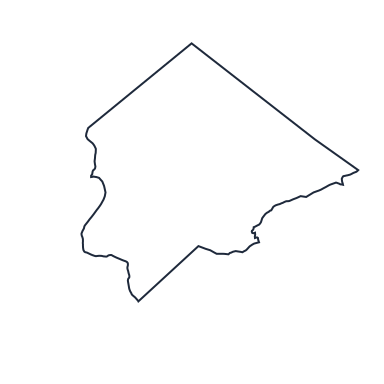 outline of Morne Paul, Laborie, Saint Lucia, rotated 306°
{"feature_id": "8701671B65386836314559", "entity_name": "Morne Paul", "entity_type": "district", "adm_level": 2, "iso_a3": "LCA", "parent_name": "Saint Lucia", "parent_adm1": "Laborie", "projection": "albers", "projection_center": [-61.012, 13.766], "detail": "fine", "context": "isolated", "style": "outline", "palette": "slate", "viewbox_px": 384, "rotation_deg": 306, "n_neighbors": 0, "source": "geoboundaries", "source_scale": "gbopen_adm2", "svg_char_len": 3650}
<svg xmlns="http://www.w3.org/2000/svg" viewBox="0 0 384 384"><g transform="rotate(306 192 192)"><path d="M306.8,260.5L309.4,182.0L312.0,104.3L182.9,70.4L182.7,70.5L181.6,70.7L180.4,71.1L177.3,72.1L176.2,72.7L174.9,73.4L173.4,76.5L173.2,79.0L173.0,82.9L172.5,84.6L172.0,85.9L170.5,88.7L169.6,89.4L167.0,91.1L165.1,91.9L162.2,93.7L160.0,94.9L159.5,95.2L157.5,97.1L156.0,98.7L155.8,98.9L154.1,99.7L153.4,99.7L152.4,99.6L151.5,99.3L150.3,99.5L147.7,100.8L147.2,100.8L145.9,100.8L144.8,101.6L146.3,103.1L146.6,103.2L147.4,105.0L147.8,105.6L148.8,108.5L148.1,111.5L147.8,113.2L145.3,117.2L144.0,118.7L140.8,122.3L137.2,124.0L133.8,124.9L132.0,125.1L128.9,125.5L126.8,125.6L123.4,125.6L121.8,125.5L118.7,125.5L116.0,125.5L112.6,125.4L109.6,125.2L106.9,125.2L104.4,125.1L102.6,125.0L101.0,125.1L99.2,125.9L98.2,126.1L96.3,126.3L93.5,127.0L92.7,127.6L91.7,128.7L91.5,129.2L90.7,130.3L89.8,131.4L88.6,132.3L87.5,133.1L86.6,133.6L85.5,134.6L84.5,135.3L83.4,136.2L83.0,136.5L81.3,138.2L80.8,139.2L80.5,139.9L80.5,140.4L80.5,140.9L80.8,141.6L81.1,142.3L81.3,142.9L81.4,143.6L81.6,144.6L81.7,145.4L81.9,146.2L82.0,147.0L82.2,147.5L82.3,148.1L82.3,148.4L82.7,149.4L82.8,149.9L83.0,150.6L83.4,151.5L83.6,152.0L84.0,152.4L84.6,153.0L85.1,153.6L85.5,154.0L85.9,154.5L86.4,155.2L86.7,155.7L87.1,156.3L87.3,156.7L87.5,157.2L87.8,157.9L88.0,158.4L88.4,159.0L88.6,159.4L88.9,159.9L89.2,160.4L89.6,160.9L89.9,161.1L90.5,161.3L91.4,161.6L91.9,161.9L92.2,162.1L92.7,162.7L93.1,163.1L93.3,163.3L93.6,163.8L93.7,164.1L93.8,165.3L94.1,167.2L94.4,168.8L94.6,169.8L95.3,172.7L95.8,174.9L96.2,176.5L96.6,177.9L96.9,178.8L97.0,179.4L97.1,179.9L97.1,180.3L97.1,180.7L97.0,181.1L96.9,181.4L96.6,182.0L96.2,182.3L95.5,182.9L94.6,183.4L93.5,183.8L92.8,184.2L92.4,184.5L91.8,185.1L91.3,185.7L90.6,186.7L89.0,188.5L87.9,190.0L87.2,190.7L86.4,191.3L86.1,191.4L85.7,191.5L85.2,191.5L85.4,191.4L84.0,191.5L83.6,191.7L83.2,191.9L82.6,192.2L82.2,192.6L81.5,193.3L78.4,196.5L77.3,197.6L76.7,198.3L76.2,199.0L75.7,199.8L75.3,200.4L75.0,201.2L74.8,201.5L74.5,202.3L74.0,203.0L73.7,203.8L73.5,204.6L73.5,205.3L73.4,206.2L73.3,207.8L73.2,208.4L73.0,209.2L72.8,210.2L72.6,211.0L72.4,211.8L72.3,212.3L72.0,212.9L152.0,229.0L153.3,233.7L154.0,236.3L155.6,241.0L156.1,245.4L156.5,248.3L157.7,249.9L160.9,254.4L163.0,258.1L165.0,258.5L165.8,259.2L167.8,260.3L169.9,262.1L170.8,263.9L172.2,266.6L172.9,268.2L174.4,268.8L176.3,269.8L177.4,270.1L179.1,270.3L181.9,270.6L184.9,271.7L186.8,272.6L188.9,274.3L190.7,275.8L192.2,273.7L193.6,272.3L193.6,271.6L193.1,270.9L191.8,270.0L192.9,269.0L194.6,268.2L196.1,266.9L194.8,266.0L194.3,264.9L195.0,263.7L195.9,263.3L196.9,263.6L198.5,263.4L199.8,262.6L200.8,263.3L202.9,264.3L205.2,265.5L206.8,265.6L208.2,265.5L209.4,265.1L212.1,264.2L214.1,264.2L217.4,264.3L219.7,265.0L220.9,265.7L222.5,266.0L223.8,266.9L224.4,266.8L225.9,266.7L227.4,266.5L228.2,266.6L229.2,267.0L230.2,267.4L231.1,268.0L232.5,269.0L233.8,270.1L235.1,270.8L235.9,271.3L236.4,271.7L237.2,272.1L238.2,272.6L239.4,273.3L239.9,273.7L240.4,274.2L241.0,275.1L241.9,276.0L242.9,276.6L245.2,277.9L246.6,278.8L248.4,280.0L249.6,280.7L251.6,281.8L252.5,282.3L255.1,287.3L257.6,288.3L260.2,289.4L261.9,290.1L263.1,290.6L266.2,292.7L267.6,293.7L269.8,295.0L272.4,296.2L274.6,297.3L277.7,298.7L279.2,299.5L283.0,302.1L283.8,302.7L284.2,302.9L284.5,303.6L284.9,305.0L285.2,306.0L285.4,307.5L286.1,308.7L286.6,309.9L287.5,308.9L288.4,307.6L289.2,306.8L290.6,305.5L291.1,305.3L293.3,305.0L294.1,305.4L294.9,306.2L295.6,306.8L296.3,307.4L296.9,308.0L299.0,309.7L300.1,310.3L302.4,311.4L303.3,312.0L305.0,313.1L306.1,313.4L307.4,313.6L306.8,260.5Z" fill="none" stroke="#1e293b" stroke-width="2"/></g></svg>